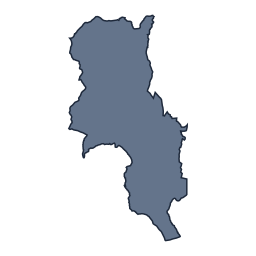 Distracción, La Guajira, Colombia
{"feature_id": "7082276B35872323079688", "entity_name": "Distracción", "entity_type": "district", "adm_level": 2, "iso_a3": "COL", "parent_name": "Colombia", "parent_adm1": "La Guajira", "projection": "natural_earth1", "projection_center": [-72.95, 10.911], "detail": "fine", "context": "isolated", "style": "filled", "palette": "slate", "viewbox_px": 256, "rotation_deg": 0, "n_neighbors": 0, "source": "geoboundaries", "source_scale": "gbopen_adm2", "svg_char_len": 5782}
<svg xmlns="http://www.w3.org/2000/svg" viewBox="0 0 256 256"><path d="M152.8,15.4L151.9,15.5L150.7,16.1L148.6,16.3L148.2,16.1L146.9,16.1L146.1,16.4L144.0,19.0L143.7,20.1L142.6,21.1L140.5,23.9L140.1,25.2L140.3,27.1L139.9,27.8L139.1,28.5L134.9,28.9L134.1,28.8L133.2,28.0L132.8,26.8L132.0,25.4L132.1,24.6L131.5,23.4L131.6,22.4L131.0,21.7L130.1,21.3L128.4,21.3L126.9,20.9L125.2,19.1L124.7,18.9L125.0,17.7L123.8,17.6L122.7,17.2L121.2,17.5L120.5,18.5L119.7,18.4L119.3,18.6L119.2,19.6L118.8,20.4L117.5,19.7L116.7,20.1L110.9,20.9L108.8,20.6L107.4,21.0L106.7,21.0L103.8,20.5L102.4,19.7L100.6,18.0L98.8,17.0L97.7,16.6L95.9,16.7L93.7,18.9L91.9,20.2L90.8,21.5L87.3,22.8L86.1,22.5L85.1,22.6L83.4,24.2L81.9,26.5L80.5,27.6L77.4,30.8L76.5,32.4L75.9,32.8L75.5,33.7L74.6,33.8L74.1,35.7L73.6,36.6L72.5,37.7L70.9,38.2L69.7,38.2L70.4,39.1L71.3,40.7L71.7,42.2L71.9,44.0L71.5,45.7L70.7,47.1L70.5,49.4L69.8,52.1L69.8,53.1L70.9,54.0L71.6,55.9L71.9,57.2L72.9,58.5L73.5,59.5L74.9,59.7L76.0,60.3L78.3,61.0L78.8,61.2L79.2,61.8L79.3,62.2L79.2,63.7L80.0,64.5L80.1,66.4L79.6,67.7L79.6,68.5L79.9,68.9L81.7,69.6L82.3,71.1L82.6,72.5L82.3,73.5L81.6,74.2L81.1,75.2L79.9,76.6L79.5,78.5L79.1,79.3L79.0,80.0L79.4,80.0L80.3,79.6L81.0,79.9L81.5,80.7L82.1,82.1L83.5,83.9L84.3,85.4L85.6,86.8L85.7,87.8L85.5,88.7L85.2,89.1L84.5,89.9L82.4,91.6L81.5,92.7L80.5,95.5L78.9,97.7L78.7,98.3L79.0,99.4L78.7,100.5L77.4,101.3L75.0,102.3L72.6,105.1L70.6,106.7L70.1,107.6L69.9,108.4L70.1,110.6L69.3,112.6L70.4,114.7L70.9,114.9L71.7,116.6L71.6,117.5L71.0,119.3L71.1,119.8L72.0,121.0L71.9,121.9L72.1,122.7L70.8,124.2L70.2,125.7L68.8,128.6L69.9,129.4L71.9,128.9L73.8,129.9L77.9,130.7L80.4,131.9L83.1,132.8L87.1,135.0L86.6,136.2L85.6,137.1L84.1,139.1L84.1,140.4L83.7,140.6L83.2,142.5L83.2,143.9L82.9,144.5L83.0,145.1L83.0,146.7L83.2,148.2L83.1,149.0L83.6,149.7L83.1,152.3L82.6,153.4L82.6,154.6L83.2,157.1L83.5,157.6L83.9,157.8L84.2,157.5L84.5,156.3L84.5,154.0L84.9,153.4L85.6,152.8L86.5,152.6L87.1,152.0L88.5,151.5L88.7,150.4L88.4,149.8L88.9,149.1L90.9,148.0L91.8,148.3L93.2,148.0L95.0,146.8L95.8,146.0L97.5,145.5L98.2,145.0L100.2,144.6L101.7,143.8L103.4,143.7L103.8,143.9L104.4,144.5L106.6,144.1L109.0,144.3L109.7,143.6L110.8,144.6L111.8,144.4L113.2,143.5L114.5,143.2L115.2,144.6L115.1,145.8L115.3,147.1L116.1,147.3L116.9,147.2L118.3,145.7L118.9,145.4L119.4,145.6L122.1,147.4L123.6,149.1L124.4,149.7L124.6,150.1L125.6,150.8L126.1,151.5L127.3,152.8L127.7,153.9L128.0,154.3L128.6,154.5L129.1,155.6L129.9,156.4L130.8,157.8L131.7,159.8L132.1,162.5L130.5,165.6L127.0,166.6L126.2,167.5L126.7,168.1L127.0,169.2L126.6,169.9L126.0,172.0L125.1,172.6L124.3,173.7L124.3,176.5L124.7,177.0L124.8,177.8L125.5,178.1L125.4,178.8L125.8,180.4L125.7,182.0L125.0,183.1L125.2,184.3L124.3,185.4L124.5,185.7L124.7,186.5L125.2,186.3L125.2,185.8L125.4,185.7L125.6,186.3L125.4,187.4L125.8,188.2L126.8,189.2L127.0,189.8L127.3,189.8L127.9,190.4L128.3,190.9L128.4,191.6L128.9,192.0L129.1,192.5L129.6,193.0L129.4,194.1L129.6,194.8L129.9,195.2L129.9,195.5L129.2,196.8L128.3,198.1L128.4,198.9L128.9,200.0L129.0,201.1L129.2,201.6L128.8,202.3L129.3,203.2L129.5,204.3L129.4,205.7L129.7,206.4L129.8,208.5L131.6,210.1L132.0,211.0L133.8,210.8L134.7,211.4L135.2,211.5L135.5,211.7L135.6,212.2L136.1,212.4L136.6,213.2L138.0,214.3L138.6,214.0L140.2,214.0L140.9,213.8L142.1,213.7L143.5,213.9L146.6,214.8L148.1,216.1L149.2,216.6L149.3,217.1L152.4,221.0L153.0,223.3L153.3,223.8L154.4,224.6L156.7,226.0L158.8,229.1L160.1,230.5L160.6,230.8L161.5,231.9L164.4,237.8L165.1,240.2L165.6,240.6L170.0,239.9L172.8,238.9L176.2,238.1L179.8,236.8L180.2,236.4L180.1,236.0L179.7,236.0L179.4,234.8L178.1,233.4L178.0,232.6L177.8,232.3L177.5,232.5L176.3,229.1L175.7,228.6L175.1,227.5L174.6,227.1L174.3,225.7L172.6,224.8L172.2,223.8L171.8,223.7L171.6,222.9L170.9,222.2L170.5,220.7L169.9,219.9L169.9,219.1L169.6,218.1L169.6,217.2L169.3,216.4L168.8,215.8L168.8,215.0L168.4,214.2L167.5,213.6L167.0,211.7L167.3,210.8L168.6,209.3L168.9,208.7L169.5,206.7L170.0,205.7L170.3,204.2L170.4,203.0L171.7,201.4L172.0,200.4L173.4,198.8L174.5,198.3L175.4,198.6L176.0,199.7L176.8,200.5L178.0,200.9L179.0,200.7L179.9,200.0L181.3,198.0L182.5,197.8L183.4,197.3L186.3,195.2L186.8,194.5L186.8,179.0L181.2,177.7L182.2,173.5L180.7,172.1L181.5,169.3L180.5,167.9L180.6,167.0L181.2,166.0L181.7,163.6L179.3,161.9L179.0,158.6L179.2,156.8L179.1,154.3L180.0,151.0L179.2,149.5L179.9,147.4L180.7,147.4L181.7,144.0L181.2,142.9L182.0,140.6L182.1,139.4L182.5,138.7L184.3,140.0L185.1,139.1L185.2,138.3L185.1,137.4L183.6,136.5L182.6,136.2L182.0,134.8L181.4,134.4L181.2,133.9L181.5,133.0L181.3,132.6L180.8,132.3L180.6,131.0L181.9,131.2L184.2,131.2L186.0,130.8L186.4,130.3L187.1,127.2L187.2,124.9L186.5,125.8L184.2,127.2L181.5,127.1L181.1,126.7L180.5,124.8L178.0,122.0L177.3,121.4L176.6,121.3L176.4,120.7L176.7,118.1L172.1,118.5L171.5,116.8L170.5,116.6L170.2,114.8L168.5,114.0L167.2,111.9L164.7,115.4L164.6,115.1L164.5,115.8L163.1,115.6L163.3,111.5L162.9,107.8L162.3,105.5L161.5,99.7L160.6,98.2L159.6,97.4L155.2,92.4L153.4,98.2L151.0,95.0L150.1,93.4L147.4,91.1L147.8,89.3L148.6,87.5L149.6,84.6L149.7,83.9L149.7,82.0L150.3,80.9L150.5,79.9L151.4,78.6L152.0,76.7L152.1,75.6L152.0,74.0L152.7,72.0L152.6,71.5L151.8,70.2L151.2,68.1L149.9,65.1L149.9,64.4L150.2,64.0L150.3,63.1L149.5,61.1L147.8,59.7L147.1,56.3L146.7,55.4L146.4,53.8L146.2,53.5L146.2,51.6L147.0,47.8L147.7,47.5L147.4,46.6L147.9,46.0L147.8,43.5L148.1,42.2L147.8,41.8L148.2,41.2L148.2,40.4L148.5,40.0L148.7,39.4L148.5,38.6L147.9,38.0L147.9,36.7L148.1,35.7L148.0,35.2L147.6,34.6L149.0,34.4L149.3,34.1L149.6,31.9L149.4,31.0L149.7,29.6L150.2,29.4L150.3,28.8L152.0,26.8L151.9,26.0L152.0,25.5L151.6,24.1L152.5,23.9L153.6,22.3L153.5,21.8L153.0,21.6L152.2,20.0L152.6,19.0L153.1,18.7L153.4,18.3L153.5,17.3L154.0,16.6L153.3,16.2L152.8,15.4Z" fill="#64748b" stroke="#1e293b" stroke-width="1.5"/></svg>